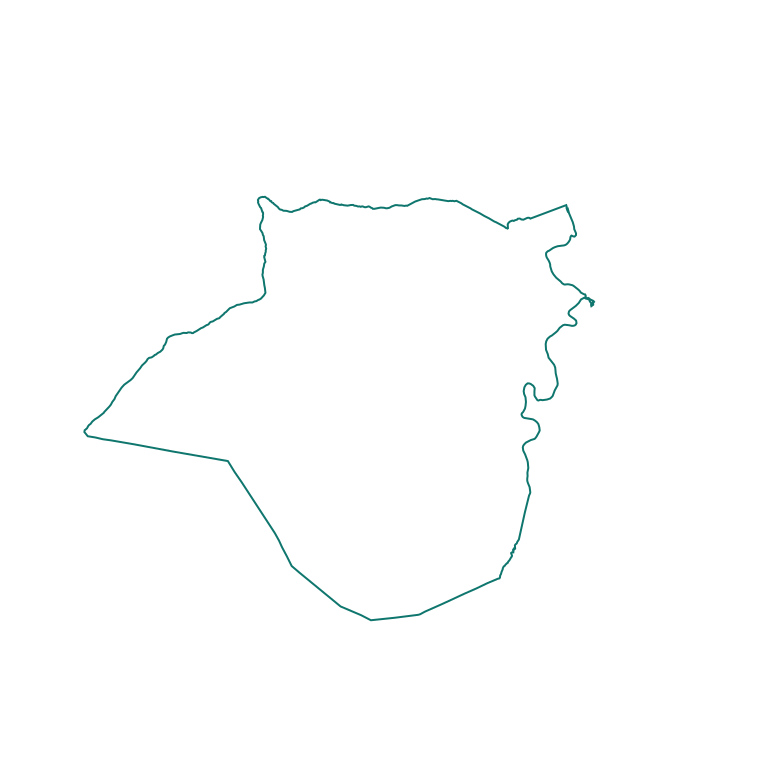 Kanel, Matam, Senegal (Albers equal-area conic projection), rotated 48°
{"feature_id": "50182788B72122084264725", "entity_name": "Kanel", "entity_type": "district", "adm_level": 2, "iso_a3": "SEN", "parent_name": "Senegal", "parent_adm1": "Matam", "projection": "albers", "projection_center": [-13.164, 15.01], "detail": "fine", "context": "isolated", "style": "outline", "palette": "teal", "viewbox_px": 768, "rotation_deg": 48, "n_neighbors": 0, "source": "geoboundaries", "source_scale": "gbopen_adm2", "svg_char_len": 6153}
<svg xmlns="http://www.w3.org/2000/svg" viewBox="0 0 768 768"><g transform="rotate(48 384 384)"><path d="M573.6,365.1L564.0,350.9L563.0,348.6L562.3,347.7L558.1,344.8L553.6,343.2L551.8,342.3L550.3,341.0L548.4,338.8L545.9,336.8L543.0,333.0L538.5,329.6L536.7,328.6L530.9,326.3L526.7,325.1L524.0,323.3L523.1,321.9L522.7,320.5L522.5,317.8L523.9,312.4L525.4,309.2L525.6,308.4L525.2,306.0L523.3,300.6L522.7,299.4L521.9,298.8L520.0,297.5L517.1,296.1L514.9,295.9L512.6,296.2L510.4,296.8L509.5,297.3L503.0,302.5L501.3,303.0L499.7,302.7L498.6,302.1L498.2,301.5L498.0,300.9L497.9,299.3L496.6,295.7L495.0,293.5L492.3,290.5L488.5,287.7L485.3,286.6L482.8,285.0L480.4,281.9L479.5,279.2L479.6,276.9L480.5,275.9L482.0,275.0L485.2,274.3L487.9,274.8L490.2,277.2L493.1,279.8L494.3,280.2L497.8,280.7L498.7,280.8L499.3,280.5L499.7,280.1L500.1,278.9L500.7,278.1L502.1,277.0L504.6,273.3L506.0,270.1L505.9,267.5L505.7,266.5L503.0,261.4L501.1,256.0L499.9,254.6L496.0,252.0L491.2,249.4L486.4,245.8L483.5,244.7L474.6,244.1L471.4,242.3L467.0,240.7L462.5,237.1L460.9,235.0L459.8,232.2L459.8,228.9L460.3,226.7L460.6,221.6L460.6,219.7L459.8,215.8L460.1,211.7L460.9,210.0L464.1,207.2L466.6,205.4L467.6,204.1L468.1,203.0L468.2,201.8L467.6,200.2L465.4,198.8L462.5,199.1L458.0,200.2L456.8,200.3L455.2,199.8L454.0,198.2L453.7,197.1L453.7,195.9L454.3,189.3L454.1,185.0L453.0,181.0L453.9,177.3L455.3,177.0L457.4,175.6L459.3,175.0L460.3,175.8L462.6,175.9L463.9,177.3L464.9,177.8L465.1,175.5L464.4,174.9L463.3,174.7L462.7,173.7L463.5,173.3L463.5,172.9L462.4,172.8L459.0,174.2L457.7,174.3L456.6,174.7L456.1,175.9L455.4,176.2L454.5,176.0L453.3,175.0L452.1,174.6L451.8,175.0L449.9,175.8L447.5,176.6L446.6,176.3L444.2,176.4L438.7,177.3L436.8,177.8L433.7,179.9L432.5,181.1L431.0,183.2L430.4,183.6L428.4,184.2L426.1,184.1L420.3,184.9L416.0,184.7L412.6,184.0L407.9,181.8L406.3,180.5L404.6,179.7L402.3,179.0L398.9,178.4L397.3,177.7L395.7,176.5L395.0,175.5L394.9,173.5L395.4,172.1L396.0,167.6L396.7,165.3L397.9,162.6L401.5,157.4L402.1,156.0L402.3,154.4L402.1,152.2L401.5,150.0L401.1,149.0L399.5,147.0L399.1,145.6L399.2,145.3L400.9,144.6L401.8,144.0L402.0,143.4L401.8,141.7L400.6,140.5L396.2,139.0L394.2,137.5L390.2,135.5L380.8,132.2L376.3,129.9L376.0,130.1L376.1,130.4L376.6,130.9L377.8,131.3L378.0,131.7L377.1,131.4L375.4,130.6L374.3,129.5L373.0,128.9L359.0,164.6L358.0,164.7L357.3,165.2L356.4,166.4L355.2,170.4L353.6,171.9L352.7,172.0L351.8,172.5L351.1,173.5L350.7,174.1L350.9,175.1L349.7,177.7L349.7,178.4L348.4,179.3L347.6,181.5L347.5,183.4L348.1,185.2L351.3,187.8L351.9,188.0L350.7,188.2L349.9,188.9L347.5,189.3L338.7,192.5L337.1,193.3L331.2,195.1L326.3,197.0L321.5,198.5L313.0,201.8L311.6,202.1L303.1,205.3L301.5,205.6L296.3,207.6L295.3,209.4L293.8,210.4L293.3,211.3L292.5,211.9L291.1,213.9L282.9,220.4L281.9,221.4L281.0,222.0L279.2,224.2L276.3,225.7L275.5,227.6L274.6,228.3L273.9,229.9L272.1,232.1L269.3,238.6L267.1,247.5L266.3,248.1L265.4,249.6L263.1,251.5L261.1,253.6L259.7,254.7L258.6,256.0L257.2,259.5L256.7,262.0L255.5,264.1L254.8,264.9L253.0,266.1L250.6,268.5L247.4,273.9L246.3,275.1L245.4,275.1L244.3,275.7L242.6,276.1L241.7,276.6L240.5,279.2L239.6,280.1L237.8,281.0L237.2,281.6L236.8,282.7L235.8,283.2L234.6,284.6L233.1,285.4L231.5,286.8L230.3,287.1L228.7,289.0L227.2,291.6L224.3,294.2L223.0,295.0L222.4,295.7L222.0,295.7L221.6,296.8L216.8,300.2L215.8,300.4L215.0,301.3L213.7,301.9L213.0,302.5L212.5,302.2L209.7,303.4L205.7,306.6L204.9,308.1L204.3,308.1L203.9,308.6L203.2,313.3L202.6,313.8L201.6,315.6L201.2,317.4L200.8,318.0L200.1,321.8L199.2,324.0L199.3,325.1L198.8,326.9L197.8,328.4L197.9,329.7L194.8,335.9L194.8,336.8L194.3,337.5L192.9,338.9L190.2,340.5L187.9,342.8L186.0,343.5L185.0,344.4L183.4,344.7L181.4,344.5L176.1,345.4L175.4,345.2L174.0,345.8L173.0,345.8L172.6,345.5L171.9,346.1L169.9,346.0L169.0,346.4L168.6,346.2L167.6,346.7L165.2,347.2L164.5,348.4L163.8,348.9L162.7,350.8L162.3,352.6L162.9,354.6L164.1,355.2L164.6,356.0L165.9,356.6L169.8,357.7L171.0,357.6L174.1,359.0L174.5,358.9L175.2,359.4L175.8,359.3L177.2,360.5L177.9,361.5L178.9,362.0L180.7,364.6L182.1,368.1L182.8,369.4L185.9,372.5L190.0,373.2L190.8,373.4L192.0,374.2L193.6,374.5L196.9,376.8L200.8,378.2L201.7,378.7L202.5,379.9L204.6,381.0L205.4,382.3L206.7,383.5L207.3,384.7L208.8,386.5L208.6,387.1L209.5,388.1L213.9,390.4L214.4,392.4L216.3,394.7L218.1,397.6L220.3,399.6L221.3,401.1L222.6,402.0L225.7,403.5L230.6,406.9L233.0,408.3L236.9,411.1L237.8,414.0L238.2,418.4L237.8,420.3L237.4,421.0L237.0,423.4L236.0,425.0L235.4,427.2L233.4,429.4L230.4,433.9L228.3,438.3L226.8,440.4L226.3,443.2L224.5,447.9L224.8,453.2L224.5,455.0L224.8,455.9L224.7,461.1L224.9,462.3L223.8,464.6L222.9,469.5L222.1,470.8L221.8,472.0L222.2,474.3L222.1,475.2L221.5,476.5L220.8,480.8L220.1,482.5L219.2,488.0L218.5,490.5L218.4,491.8L217.7,492.7L216.5,493.1L214.6,495.0L214.1,496.5L211.7,498.9L210.3,502.2L207.3,506.3L206.5,508.2L205.3,511.5L205.0,513.6L205.2,515.0L207.0,517.7L208.2,520.4L208.3,522.1L209.7,524.1L210.2,525.5L210.3,528.6L209.6,531.4L209.5,533.9L209.0,535.0L209.1,536.4L208.9,537.6L208.7,538.9L207.4,541.1L207.3,543.1L207.9,544.7L208.2,546.8L208.3,551.4L209.1,554.7L209.8,560.2L211.4,566.7L211.5,569.5L210.7,577.5L211.1,581.4L213.0,589.4L213.5,591.5L214.9,594.5L215.5,597.8L216.6,600.8L217.0,603.2L217.6,610.6L217.9,611.5L217.5,618.7L216.8,622.5L216.7,625.9L217.3,628.8L217.1,630.5L217.3,631.9L218.2,634.4L218.1,637.4L219.2,638.8L224.6,639.1L230.7,634.2L236.9,629.9L243.2,624.6L261.7,610.0L293.0,586.0L336.8,551.6L349.4,553.9L361.8,555.5L421.8,564.9L430.1,566.8L437.1,569.0L447.1,571.5L457.5,574.4L467.4,573.1L520.3,565.1L540.5,555.7L550.8,551.8L565.0,532.3L578.5,512.9L579.3,511.2L580.6,505.8L586.2,488.7L593.7,464.4L597.7,452.3L601.2,440.4L604.9,429.7L605.7,428.3L605.3,427.2L603.9,425.6L603.7,424.6L602.1,422.0L601.2,419.9L600.5,419.1L599.7,417.2L599.9,415.8L599.5,414.4L599.6,413.3L599.4,412.8L599.7,411.7L599.1,410.5L599.0,409.0L597.8,405.2L597.8,404.6L597.2,403.7L594.7,402.7L594.7,401.7L595.7,400.6L594.9,399.7L594.2,399.6L593.5,398.9L593.3,397.8L593.8,397.9L593.6,397.5L594.1,397.2L594.1,396.7L591.5,394.7L591.2,393.8L591.3,392.0L590.6,390.8L589.8,387.8L573.6,365.1Z" fill="none" stroke="#0f766e" stroke-width="2"/></g></svg>